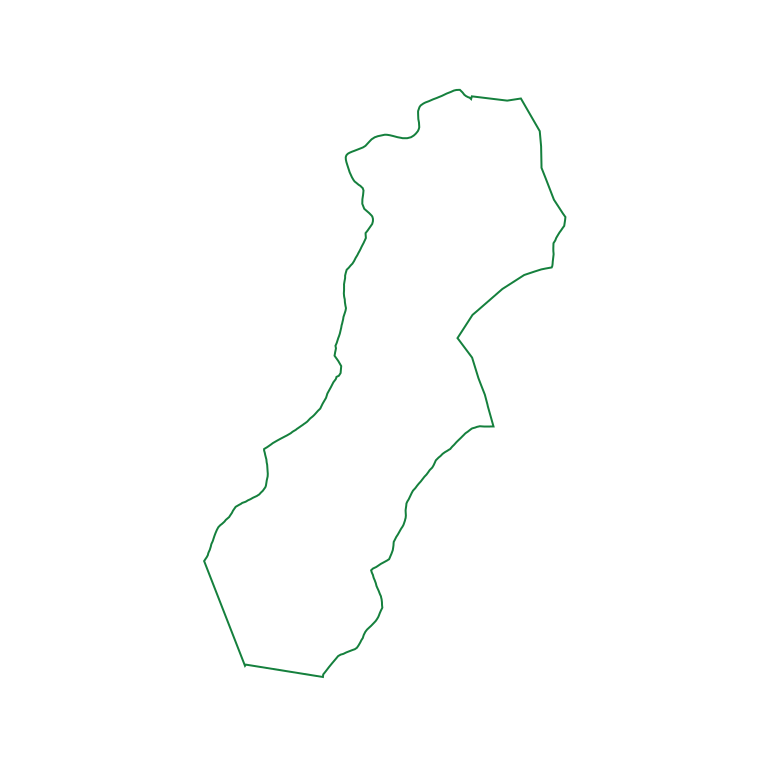 the district of Entrepot, Castries, Saint Lucia, rotated 60°
{"feature_id": "8701671B30362315223491", "entity_name": "Entrepot", "entity_type": "district", "adm_level": 2, "iso_a3": "LCA", "parent_name": "Saint Lucia", "parent_adm1": "Castries", "projection": "mercator", "projection_center": [-60.98, 14.0], "detail": "fine", "context": "isolated", "style": "outline", "palette": "green", "viewbox_px": 768, "rotation_deg": 60, "n_neighbors": 0, "source": "geoboundaries", "source_scale": "gbopen_adm2", "svg_char_len": 6165}
<svg xmlns="http://www.w3.org/2000/svg" viewBox="0 0 768 768"><g transform="rotate(60 384 384)"><path d="M607.2,583.4L605.1,581.8L603.8,578.4L601.6,573.1L599.9,568.6L598.5,564.7L597.9,563.0L597.7,562.5L596.7,559.8L596.7,557.8L596.7,556.8L597.1,555.3L597.4,554.1L597.6,550.9L597.8,549.6L598.0,548.3L598.6,544.4L599.1,541.8L599.0,540.8L598.9,539.4L597.7,536.8L595.9,533.7L594.5,531.6L593.7,530.0L593.4,529.4L591.2,527.0L589.3,524.1L588.2,521.5L587.9,520.2L587.5,518.5L587.0,516.2L586.0,512.7L585.1,509.7L584.0,507.4L583.5,506.5L582.8,505.3L581.8,504.0L580.4,502.3L578.7,500.0L576.9,497.3L574.4,496.2L572.9,495.4L572.0,494.9L569.2,493.7L567.7,493.3L566.3,492.8L564.0,492.6L560.2,492.0L557.9,491.8L555.2,491.5L552.4,490.7L548.9,490.1L547.7,490.0L546.4,489.8L543.5,489.0L542.7,489.0L541.1,488.8L538.9,488.3L538.3,485.9L538.6,482.2L538.4,479.3L538.2,476.7L538.3,473.7L538.4,469.2L538.3,468.3L538.3,467.2L536.9,465.3L536.2,464.4L534.8,462.5L532.3,459.5L530.2,457.8L528.4,456.4L526.7,455.3L525.5,454.4L525.1,453.7L524.2,452.3L522.6,449.9L522.1,448.9L521.4,447.5L520.7,446.3L520.0,445.1L518.2,442.1L517.5,440.8L516.9,439.5L516.0,438.0L515.6,437.4L512.8,434.2L511.5,433.0L510.9,432.3L508.8,430.8L506.4,429.6L505.8,429.3L504.1,428.4L501.9,426.7L500.8,425.8L498.7,424.3L497.4,422.5L496.3,420.4L493.9,416.9L492.3,414.6L491.5,413.3L490.8,412.1L490.4,410.8L489.9,409.1L489.3,407.7L488.6,406.1L487.8,404.0L487.5,403.1L486.8,400.9L485.8,398.5L484.5,395.3L483.7,392.5L482.4,389.5L481.8,388.3L481.4,387.4L480.5,384.0L479.2,381.7L477.5,379.3L476.4,377.8L476.0,377.2L475.0,373.5L474.7,371.6L474.6,371.0L473.8,368.2L473.5,365.3L473.5,362.0L473.4,361.4L473.4,359.0L473.0,358.1L472.3,356.1L472.0,354.9L471.7,353.7L470.6,350.4L470.0,348.1L469.2,344.8L469.0,344.0L468.5,342.2L467.9,339.9L467.5,338.6L467.3,337.2L467.2,335.5L466.8,332.8L466.5,330.3L466.6,329.5L467.3,326.9L467.6,325.0L468.0,323.7L468.5,322.1L470.2,319.6L470.6,319.0L472.0,316.7L473.3,314.4L474.7,311.8L475.5,310.4L455.1,305.2L453.6,304.7L443.7,302.0L433.1,300.4L426.2,299.3L405.2,294.5L387.5,296.6L384.1,297.0L381.0,297.4L376.4,288.4L368.4,272.8L367.6,268.4L367.4,267.3L360.9,234.0L360.2,218.8L359.7,208.1L361.9,197.3L363.4,190.5L364.8,186.3L366.9,180.5L366.0,179.3L365.5,178.9L364.5,178.1L362.3,176.6L361.5,176.0L356.4,172.2L354.5,171.3L353.8,171.0L351.8,169.9L350.3,169.0L349.7,168.6L349.0,168.2L346.8,166.8L345.3,163.9L343.6,161.8L342.3,159.5L341.2,157.5L340.5,156.2L339.6,154.1L338.1,151.0L337.2,148.9L333.7,146.1L332.3,145.0L330.1,143.4L329.3,143.5L326.9,143.7L326.2,143.8L320.2,144.1L309.4,144.7L287.0,141.2L275.5,139.5L273.4,138.3L256.7,129.1L242.9,122.7L205.2,122.7L200.2,135.6L180.0,162.5L178.8,164.1L180.8,166.1L178.8,166.7L178.4,167.1L177.7,167.7L176.8,168.3L175.5,169.1L174.9,169.3L173.8,169.8L170.8,170.2L167.2,171.2L165.7,174.0L165.4,174.8L164.8,176.8L164.5,179.9L163.8,184.5L163.4,189.9L162.9,193.4L162.7,195.1L162.0,199.3L161.5,203.9L160.9,207.4L160.8,209.8L161.1,213.0L162.0,214.9L164.7,218.0L165.5,218.5L167.5,219.6L171.7,221.8L175.1,223.0L177.7,224.3L179.3,225.1L180.7,226.5L181.8,228.0L182.2,228.9L183.1,231.3L183.4,232.6L183.7,234.0L183.8,237.2L182.7,241.1L182.1,242.1L180.5,244.9L179.4,246.1L177.0,248.9L174.9,251.0L173.7,252.2L172.4,253.6L171.7,254.3L169.9,256.5L169.0,257.8L168.5,258.7L166.3,265.5L166.0,267.2L165.7,268.7L165.8,270.4L165.9,272.4L166.4,274.2L167.0,276.2L168.0,279.4L168.5,281.0L168.6,284.0L167.8,289.4L167.2,293.3L166.8,295.6L166.5,298.3L166.5,300.1L166.9,301.6L167.2,302.3L168.4,303.7L170.5,304.8L173.0,305.6L174.8,306.0L176.1,306.3L183.6,307.9L185.8,308.1L188.9,308.4L191.9,308.4L192.9,308.3L193.9,308.2L195.9,307.4L198.4,306.5L199.1,306.2L200.6,305.4L202.5,304.9L203.7,304.5L205.2,304.8L206.2,305.0L209.4,307.3L213.3,310.4L217.1,312.7L222.4,313.5L226.2,312.2L228.5,311.4L232.0,310.5L233.2,310.4L233.9,310.6L235.2,310.9L236.2,311.4L237.6,312.3L239.5,314.2L243.1,321.9L244.1,324.5L245.2,325.1L248.5,326.7L249.5,328.1L250.1,328.9L250.6,329.7L251.5,330.9L253.0,333.3L254.1,335.0L255.3,336.7L256.6,338.7L257.9,340.9L258.8,342.2L259.5,343.4L260.5,345.3L262.6,348.5L264.0,351.2L264.2,351.9L264.4,352.7L264.7,353.7L265.7,356.4L266.4,359.2L268.6,361.5L270.7,363.5L271.6,364.0L272.8,364.7L275.5,367.0L277.1,368.3L277.7,368.8L279.4,369.7L280.2,370.2L280.7,370.5L282.5,371.5L285.5,373.5L288.1,374.7L289.8,375.3L290.9,375.6L293.7,377.0L297.1,378.3L299.3,379.0L301.3,380.7L303.3,382.9L305.7,385.6L307.1,386.7L307.7,387.2L309.8,389.2L310.8,390.1L311.9,391.3L313.6,392.7L314.2,393.2L314.8,393.8L316.5,395.4L317.7,396.5L318.5,397.3L320.2,399.2L321.3,400.6L324.7,404.3L326.2,406.3L326.6,406.9L328.0,407.4L329.0,407.7L331.3,409.7L331.7,410.1L334.8,412.7L341.1,412.1L347.1,412.1L352.8,416.1L354.0,418.4L354.3,419.0L354.2,420.1L354.1,421.6L354.9,422.4L355.7,423.4L357.0,426.5L357.2,427.0L357.6,427.6L360.2,431.6L363.7,437.4L364.1,438.0L364.8,438.7L367.0,441.1L370.3,446.9L373.0,450.9L373.4,451.4L373.9,453.4L374.1,454.3L375.1,457.3L375.4,458.2L376.0,460.1L376.4,461.8L376.6,463.0L376.9,465.0L377.3,466.4L378.2,469.3L378.3,470.2L378.5,471.7L378.6,473.4L378.8,474.8L378.9,476.4L379.0,477.5L379.3,481.0L379.3,481.6L379.6,483.4L379.6,486.3L379.7,487.5L380.0,489.4L380.0,492.7L380.0,494.1L379.9,495.7L379.8,498.4L379.7,500.7L379.6,504.5L379.6,505.8L379.6,507.3L379.6,509.0L379.6,509.9L379.9,512.2L380.2,515.7L380.3,517.1L380.3,519.1L380.4,520.4L381.7,521.1L383.8,521.6L385.9,522.3L387.3,522.7L389.8,523.4L390.3,523.5L393.2,524.8L395.6,525.6L401.5,528.5L403.6,529.5L405.9,531.0L408.8,533.7L410.8,535.3L413.0,537.1L414.1,538.4L415.9,542.4L416.3,544.1L416.6,545.3L416.9,546.1L417.3,547.5L417.3,548.8L417.4,550.1L417.0,554.3L417.0,557.2L416.7,560.1L416.8,562.2L416.7,563.2L416.1,566.2L416.2,567.4L416.3,568.2L416.2,569.3L416.2,571.6L416.2,573.9L418.2,578.1L419.6,580.2L420.7,582.5L421.3,583.7L421.8,584.6L422.6,589.0L423.4,590.9L423.6,591.8L424.0,593.6L424.2,594.7L424.4,596.4L425.2,599.1L426.8,601.7L428.9,604.5L430.7,606.7L433.1,609.4L433.5,609.8L434.7,611.2L435.1,611.8L436.2,613.4L437.3,614.5L438.2,615.3L440.5,617.8L442.2,620.2L443.0,621.1L444.1,622.1L445.4,624.2L446.0,625.5L446.8,627.1L447.1,627.7L447.4,628.3L558.6,645.3L558.0,643.9L607.2,583.4Z" fill="none" stroke="#15803d" stroke-width="2"/></g></svg>